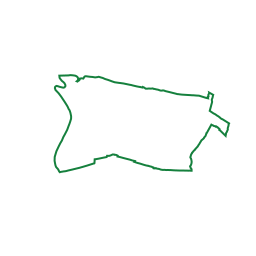 the district of Fauresti, Vâlcea, Romania, rotated 33°
{"feature_id": "2599482B59878510714092", "entity_name": "Fauresti", "entity_type": "district", "adm_level": 2, "iso_a3": "ROU", "parent_name": "Romania", "parent_adm1": "Vâlcea", "projection": "albers", "projection_center": [24.027, 44.573], "detail": "fine", "context": "isolated", "style": "outline", "palette": "green", "viewbox_px": 256, "rotation_deg": 33, "n_neighbors": 0, "source": "geoboundaries", "source_scale": "gbopen_adm2", "svg_char_len": 5530}
<svg xmlns="http://www.w3.org/2000/svg" viewBox="0 0 256 256"><g transform="rotate(33 128 128)"><path d="M204.6,129.2L204.0,128.3L203.7,127.9L202.1,127.3L201.9,127.0L201.3,126.6L200.9,126.3L200.9,126.1L201.0,125.4L200.9,124.5L200.6,123.4L200.4,122.9L200.2,122.5L199.9,121.8L199.3,121.1L198.5,120.2L198.1,119.9L197.6,119.4L196.6,118.9L196.3,118.7L196.1,118.4L196.0,117.7L195.6,116.6L195.5,116.1L195.4,115.9L195.4,115.7L195.4,115.3L195.3,115.0L195.3,114.9L195.4,114.6L195.4,114.3L195.4,114.1L195.2,113.8L195.4,113.0L195.5,112.1L195.5,111.7L195.6,111.2L195.8,110.4L195.8,110.0L196.0,109.7L195.9,109.5L195.9,109.3L195.9,109.0L196.1,108.5L196.1,107.9L196.3,106.9L196.4,106.3L196.5,106.0L196.4,105.7L196.5,105.1L196.5,104.7L196.5,104.1L196.4,103.6L196.5,103.0L196.5,102.5L196.5,102.0L196.4,101.3L196.4,99.5L196.3,98.5L196.5,97.8L197.0,96.1L197.1,95.8L197.2,95.2L197.1,94.8L197.0,94.6L197.3,92.9L197.3,92.3L196.8,90.2L196.7,90.0L196.6,89.8L196.8,89.6L196.1,79.8L196.7,79.8L197.8,79.5L198.2,79.6L199.0,79.5L199.5,79.3L200.6,78.8L200.7,79.1L200.9,79.1L201.0,79.1L201.1,78.8L201.3,78.7L201.8,78.6L202.6,78.6L202.8,78.8L203.0,78.8L203.5,78.7L203.8,78.8L204.5,78.9L205.1,79.0L205.3,79.0L205.5,79.1L205.6,79.4L205.4,79.5L205.5,79.6L205.6,79.9L206.6,79.9L214.1,81.4L214.0,81.2L213.8,80.4L213.5,79.9L213.1,79.1L213.0,78.5L213.0,77.7L213.0,77.2L212.8,76.5L212.7,75.7L212.6,75.0L212.4,74.7L211.9,74.1L211.6,73.4L211.4,72.7L211.1,71.5L211.0,71.2L210.7,70.8L210.5,70.4L210.3,69.1L202.6,69.2L202.3,69.2L201.8,69.4L201.4,69.4L200.3,69.4L199.9,69.3L199.7,69.2L197.4,69.0L196.0,69.1L194.7,69.0L193.2,69.0L191.8,69.2L187.2,69.1L186.4,66.6L185.6,64.1L185.4,63.6L184.5,60.7L184.2,60.1L183.4,59.3L182.9,58.7L182.7,58.1L182.5,57.0L182.2,56.0L181.5,54.3L181.4,53.8L176.8,54.1L177.1,54.4L177.2,54.9L177.2,55.1L177.2,55.5L177.3,56.0L177.3,56.4L177.5,56.6L177.6,56.8L177.7,57.0L177.8,57.2L177.9,57.3L178.1,57.5L178.4,57.8L178.4,58.0L178.0,58.2L177.9,58.3L177.9,58.5L178.0,58.7L178.1,58.8L178.3,58.9L178.5,59.0L179.0,59.5L177.1,60.2L170.0,62.2L169.1,62.7L167.9,63.4L166.8,64.0L165.1,64.9L164.0,65.6L162.7,66.3L160.6,67.5L155.1,70.6L153.1,71.6L151.8,72.2L150.9,72.7L149.0,73.3L147.0,74.0L144.9,74.7L142.3,75.6L139.8,76.5L138.9,76.8L138.5,76.8L137.8,77.0L137.1,77.3L136.8,77.4L136.6,77.6L136.3,78.0L136.0,78.2L135.4,78.6L134.6,79.0L134.1,79.1L132.8,79.4L132.1,79.6L131.2,80.0L130.7,80.2L129.8,80.5L128.5,81.0L128.2,81.2L128.0,81.3L127.3,81.3L127.1,81.4L126.4,82.0L125.6,82.6L125.0,83.0L124.3,83.3L123.6,83.8L122.8,84.5L122.0,85.0L121.6,85.3L121.1,85.4L120.2,85.3L119.4,85.3L118.2,85.5L118.4,86.0L118.2,86.2L116.6,86.7L116.0,86.9L116.0,87.0L112.8,88.3L108.9,89.7L107.3,90.2L105.9,90.8L100.0,93.1L97.0,94.5L95.8,95.1L91.9,96.9L88.4,97.8L88.2,97.8L86.5,98.2L84.8,98.6L82.1,99.4L79.5,99.8L78.0,100.3L76.2,100.8L75.6,101.0L75.3,101.2L75.0,101.6L74.6,102.0L74.3,102.2L73.9,102.6L73.5,102.9L73.1,103.3L72.6,103.6L72.1,103.8L71.4,104.1L70.3,104.6L69.4,105.1L68.3,105.7L66.4,106.6L64.7,107.4L64.0,107.9L63.9,108.1L63.7,108.3L63.6,108.6L63.6,108.8L63.6,109.1L63.5,109.3L63.5,109.6L63.6,109.8L63.6,110.1L63.6,110.9L62.2,111.5L61.7,111.9L60.7,112.8L60.8,112.9L61.1,113.6L61.1,114.3L60.9,115.1L60.5,115.8L60.3,116.6L59.6,116.7L59.7,116.4L59.8,115.9L59.9,115.4L59.8,115.0L59.8,114.7L59.6,114.2L59.4,113.8L59.2,113.6L58.9,113.4L58.5,113.1L58.0,112.9L57.6,112.7L57.2,112.7L56.7,112.7L56.0,112.7L55.5,112.8L54.9,113.0L53.6,113.6L52.4,114.2L51.7,114.6L51.1,114.9L50.6,115.3L50.1,115.7L49.6,116.2L41.9,121.5L43.3,123.2L45.0,123.9L46.9,124.5L49.0,124.7L50.5,125.1L52.1,126.1L52.7,127.0L52.6,128.5L51.8,129.4L50.3,130.0L47.9,130.8L46.6,131.1L45.2,131.6L44.7,132.4L44.5,133.2L44.9,134.3L46.5,135.6L50.8,136.6L54.9,138.1L60.7,140.6L64.6,142.4L66.1,143.2L66.6,143.5L67.7,144.3L69.4,145.0L71.4,146.6L73.2,148.4L73.8,149.0L74.0,149.3L74.4,149.9L74.7,150.4L75.3,151.4L75.4,151.9L75.8,153.3L76.0,153.9L76.7,156.7L77.0,158.3L78.0,162.7L78.5,167.8L78.7,170.8L79.4,174.6L79.5,177.6L79.9,181.2L80.6,186.4L81.2,188.5L82.3,192.2L84.3,195.5L86.0,197.3L87.6,198.9L89.0,199.9L91.9,200.7L93.9,201.9L94.9,202.2L95.3,201.7L96.0,201.0L97.0,200.1L97.6,199.5L98.5,198.8L99.4,198.0L100.3,197.0L101.0,196.2L104.1,193.0L105.1,191.9L105.7,191.3L106.7,190.2L109.0,187.8L110.1,186.5L111.1,185.4L112.7,183.5L114.0,182.0L117.2,178.1L118.1,177.0L118.5,176.5L118.8,176.1L119.0,176.0L119.0,175.9L119.0,175.7L117.1,172.4L118.3,171.4L118.7,171.0L120.2,169.6L123.6,166.2L125.9,164.0L125.8,163.7L125.8,163.3L125.6,162.7L126.1,162.4L126.6,162.1L126.8,162.0L127.2,161.8L128.1,160.8L128.4,160.4L129.4,158.8L129.6,158.5L130.1,158.2L130.6,158.0L131.2,157.8L131.3,157.8L131.4,157.6L131.5,157.6L132.9,157.0L134.5,156.8L134.7,157.1L134.8,157.6L136.4,157.0L138.8,156.2L139.8,155.9L142.2,155.1L146.9,153.5L148.0,153.2L148.9,153.0L150.3,152.5L151.9,151.9L152.0,152.4L152.1,152.6L152.0,152.9L154.8,152.2L157.5,151.3L161.5,150.2L163.7,149.5L165.5,148.8L165.5,148.7L167.4,148.2L168.1,147.9L168.8,147.7L169.0,147.6L169.7,147.6L170.1,147.5L170.6,147.3L170.9,147.2L171.0,147.2L171.1,147.3L171.1,147.6L171.2,147.8L171.3,147.9L171.6,147.8L171.7,147.7L171.7,147.4L171.8,147.4L172.2,147.4L172.3,147.4L172.5,147.2L172.8,147.1L172.9,146.9L172.9,146.7L173.0,146.6L173.3,146.5L173.5,146.4L174.5,146.3L174.7,146.2L175.2,145.9L175.5,145.8L176.0,145.6L176.5,145.4L178.2,145.0L178.5,144.9L179.1,144.6L179.6,144.4L180.0,144.2L181.8,143.0L182.5,142.7L182.8,142.5L183.5,142.1L184.1,141.6L185.7,140.7L186.8,140.0L189.7,138.4L194.4,135.6L196.2,134.4L202.0,130.8L203.6,129.7L203.8,129.7L204.6,129.2Z" fill="none" stroke="#15803d" stroke-width="2"/></g></svg>